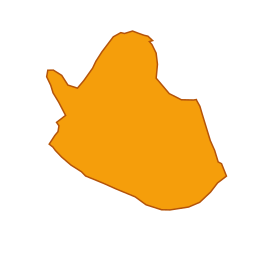 Kusong City, P'yŏngan-bukto, North Korea (Albers equal-area conic projection), rotated 163°
{"feature_id": "82179303B13626815484241", "entity_name": "Kusong City", "entity_type": "district", "adm_level": 2, "iso_a3": "PRK", "parent_name": "North Korea", "parent_adm1": "P'yŏngan-bukto", "projection": "albers", "projection_center": [125.193, 39.953], "detail": "fine", "context": "isolated", "style": "filled", "palette": "amber", "viewbox_px": 256, "rotation_deg": 163, "n_neighbors": 0, "source": "geoboundaries", "source_scale": "gbopen_adm2", "svg_char_len": 881}
<svg xmlns="http://www.w3.org/2000/svg" viewBox="0 0 256 256"><g transform="rotate(163 128 128)"><path d="M54.3,135.2L57.1,135.6L68.7,139.4L78.5,148.8L83.3,160.0L86.5,167.4L81.2,180.3L79.2,191.4L80.7,200.7L82.3,204.4L78.9,204.4L82.1,210.0L85.4,211.9L90.4,215.6L95.3,219.4L103.7,219.4L107.0,221.3L115.4,219.5L130.6,208.5L139.2,201.2L144.3,195.6L156.2,186.4L164.7,180.9L172.9,186.6L176.0,197.7L182.5,205.2L187.8,206.7L190.8,200.8L189.4,191.5L189.4,183.5L186.7,172.9L184.0,158.3L194.7,154.3L193.4,150.3L196.0,145.0L200.1,142.3L208.1,135.6L205.4,131.7L204.0,127.7L200.0,119.7L193.3,109.1L185.3,99.8L182.6,94.5L167.9,82.5L157.2,73.2L141.2,60.0L133.2,49.3L119.8,40.0L111.8,37.4L93.1,34.7L81.1,36.0L67.8,42.6L58.4,49.3L47.9,53.2L49.0,66.5L51.7,69.2L51.7,81.2L53.0,91.8L53.0,105.1L53.0,119.7L52.9,127.7L54.3,134.3L54.3,135.2Z" fill="#f59e0b" stroke="#b45309" stroke-width="1.5"/></g></svg>